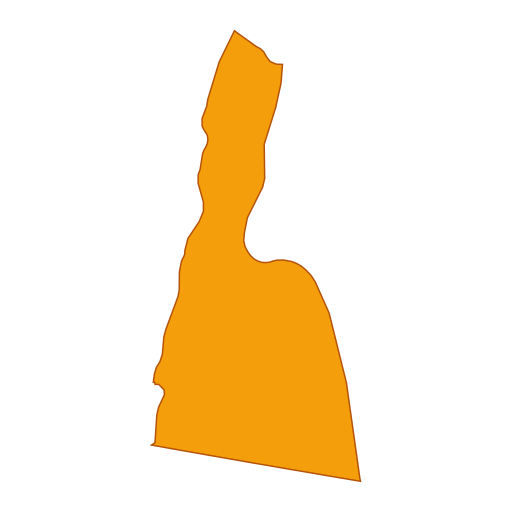 outline of Aqaba
{"feature_id": "JOR-849", "entity_name": "Aqaba", "entity_type": "Province", "adm_level": 1, "iso_a3": "JOR", "parent_name": "Jordan", "parent_adm1": "", "projection": "albers", "projection_center": [35.24, 29.976], "detail": "fine", "context": "isolated", "style": "filled", "palette": "amber", "viewbox_px": 512, "rotation_deg": 0, "n_neighbors": 0, "source": "natural_earth", "source_scale": "10m", "svg_char_len": 1234}
<svg xmlns="http://www.w3.org/2000/svg" viewBox="0 0 512 512"><path d="M153.3,382.3L154.4,374.1L156.3,367.5L159.9,361.7L162.4,354.2L163.8,337.2L165.8,329.6L178.0,296.6L179.2,290.4L179.4,272.0L181.4,261.7L182.4,259.1L183.7,256.8L184.7,254.1L184.9,250.4L187.9,238.5L199.2,221.6L203.4,211.4L203.4,201.9L198.1,183.3L198.2,174.7L200.1,169.5L202.6,153.7L204.1,149.9L205.9,146.8L207.3,143.5L207.9,139.3L207.2,135.0L203.4,128.9L202.1,125.8L202.1,118.5L206.7,106.2L207.9,99.0L219.2,61.9L234.4,30.8L234.5,30.7L238.4,33.7L256.2,46.5L260.2,48.6L263.6,51.7L266.7,57.1L269.9,61.3L273.6,63.1L276.5,64.2L282.5,64.4L281.0,83.4L275.7,107.4L264.2,144.3L264.7,178.4L262.6,187.2L247.4,217.6L244.4,232.7L243.7,240.6L245.0,246.3L246.4,249.3L248.4,252.8L250.8,255.9L254.0,258.9L257.6,261.0L261.9,262.4L266.1,262.6L270.0,262.1L273.4,260.9L276.8,260.2L283.5,260.0L291.4,261.5L296.3,263.3L301.4,266.2L306.5,270.6L311.2,275.7L315.2,281.8L329.1,313.1L346.4,382.7L359.9,478.6L360.5,481.2L360.5,481.3L329.2,476.0L290.0,469.3L253.2,463.0L212.1,455.8L180.8,450.3L151.5,445.1L155.0,442.7L156.8,415.1L158.6,407.2L164.4,394.8L164.2,390.0L158.7,384.4L155.1,384.4L154.9,383.4L154.9,382.6L154.5,382.2L153.3,382.3Z" fill="#f59e0b" stroke="#b45309" stroke-width="1.5"/></svg>